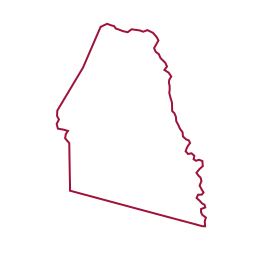 outline of Itatuba, Paraíba, Brazil, rotated 264°
{"feature_id": "56859067B64331491901098", "entity_name": "Itatuba", "entity_type": "district", "adm_level": 2, "iso_a3": "BRA", "parent_name": "Brazil", "parent_adm1": "Paraíba", "projection": "orthographic", "projection_center": [-35.643, -7.404], "detail": "fine", "context": "isolated", "style": "outline", "palette": "rose", "viewbox_px": 256, "rotation_deg": 264, "n_neighbors": 0, "source": "geoboundaries", "source_scale": "gbopen_adm2", "svg_char_len": 1255}
<svg xmlns="http://www.w3.org/2000/svg" viewBox="0 0 256 256"><g transform="rotate(264 128 128)"><path d="M185.1,173.2L188.8,172.0L194.2,167.6L198.2,166.4L200.9,163.5L204.7,162.3L208.6,165.1L211.9,167.4L215.3,166.1L220.0,162.8L223.3,157.6L222.2,153.2L223.9,149.6L224.7,146.2L225.8,141.9L223.3,137.7L224.9,133.0L226.5,129.9L228.2,126.3L230.8,124.8L232.0,121.7L233.8,118.1L231.4,111.3L192.8,89.6L152.7,59.5L147.3,58.7L143.7,60.2L139.6,57.5L134.7,58.2L133.2,63.4L131.4,68.0L128.5,65.5L124.3,64.4L119.1,68.0L86.3,65.1L80.0,64.6L71.7,63.8L61.5,90.3L42.0,141.0L22.6,191.6L22.2,194.4L27.3,194.6L30.8,196.1L33.7,192.9L36.6,191.8L39.8,192.2L40.9,196.5L43.7,196.1L45.3,193.7L47.9,191.9L51.2,188.9L54.3,190.7L54.0,194.4L56.0,196.4L58.8,195.0L63.2,193.2L67.6,195.5L71.0,195.0L73.4,193.0L76.3,191.4L79.7,194.8L82.3,198.4L87.4,198.5L89.0,195.2L88.3,192.2L90.0,190.0L93.4,191.1L96.2,188.5L95.9,185.0L98.8,182.9L101.8,184.3L104.2,185.9L106.6,188.2L109.4,187.1L110.6,184.6L113.8,181.8L118.1,181.8L121.8,179.6L125.9,178.3L129.7,176.7L134.1,176.8L137.8,175.7L140.3,173.7L144.0,174.0L148.6,174.4L153.1,173.5L158.6,172.7L162.1,173.5L165.8,173.8L168.6,173.4L171.5,174.0L174.7,176.4L178.8,174.2L181.9,170.3L185.1,173.2Z" fill="none" stroke="#9f1239" stroke-width="2"/></g></svg>